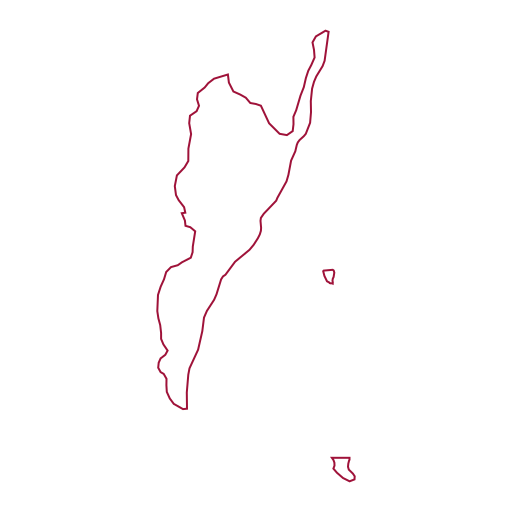 an SVG outline of Taitung
{"feature_id": "TWN-1177", "entity_name": "Taitung", "entity_type": "County", "adm_level": 1, "iso_a3": "TWN", "parent_name": "Taiwan", "parent_adm1": "", "projection": "equal_earth", "projection_center": [121.163, 22.723], "detail": "fine", "context": "isolated", "style": "outline", "palette": "rose", "viewbox_px": 512, "rotation_deg": 0, "n_neighbors": 0, "source": "natural_earth", "source_scale": "10m", "svg_char_len": 1986}
<svg xmlns="http://www.w3.org/2000/svg" viewBox="0 0 512 512"><path d="M328.6,31.8L324.6,60.8L322.6,66.1L316.3,76.4L314.0,81.8L312.1,88.6L310.8,101.1L311.0,112.2L310.1,122.8L305.8,133.8L303.9,136.1L299.6,140.0L297.8,142.4L296.8,144.9L295.3,151.3L291.1,160.6L288.4,174.9L286.5,181.4L277.4,197.8L276.2,200.7L263.8,213.7L260.9,217.9L260.5,220.8L261.1,227.8L260.9,230.8L259.8,234.4L257.9,238.2L253.6,244.9L249.4,249.9L235.1,261.7L225.4,274.8L223.0,276.4L221.1,279.4L216.5,294.3L214.1,299.8L206.9,310.9L204.0,317.6L202.3,331.2L198.1,349.7L189.5,368.3L188.3,374.6L186.8,392.4L187.0,408.7L183.0,409.1L173.8,403.9L169.8,398.5L166.8,391.9L166.4,385.2L166.5,378.8L163.7,373.9L160.6,372.1L158.2,367.7L158.7,362.7L160.6,358.4L165.3,354.8L167.6,350.6L163.4,344.4L161.1,338.9L161.1,333.0L160.2,325.1L158.4,318.4L157.3,311.1L158.0,294.9L160.7,286.6L164.0,279.3L166.2,272.0L171.0,267.1L177.8,265.2L182.1,262.2L190.8,257.7L192.6,252.2L192.8,246.5L195.2,231.3L190.3,227.2L185.5,225.8L184.9,220.5L181.8,213.2L185.3,212.7L184.1,207.2L178.7,200.2L176.0,195.1L174.8,186.1L176.9,175.4L184.5,167.4L188.3,161.0L188.4,148.6L191.1,134.1L189.2,123.2L190.0,115.7L196.6,111.2L199.0,105.8L197.0,99.3L197.8,93.0L204.7,87.5L208.2,83.2L214.0,78.7L227.9,74.5L228.9,82.6L233.4,91.5L240.3,94.6L245.8,97.7L250.3,103.0L255.9,104.0L260.9,105.7L269.1,123.3L279.6,133.8L286.9,135.1L292.7,131.1L293.5,124.2L293.4,116.8L296.2,110.2L300.5,95.6L303.8,87.2L305.9,78.0L308.3,70.7L311.3,65.0L314.6,57.5L314.0,49.9L312.5,42.4L315.9,36.4L325.5,30.7L328.6,31.8ZM348.8,469.6L352.9,473.6L354.7,476.3L354.5,479.4L349.6,481.3L343.0,478.0L336.9,472.7L333.4,468.6L334.5,465.6L334.4,462.7L333.5,460.1L331.9,457.8L349.5,457.8L349.5,459.7L349.0,460.9L348.3,463.6L348.0,466.8L348.8,469.6ZM324.4,275.9L323.2,271.2L323.7,270.6L332.7,269.8L333.7,270.5L334.3,272.6L333.6,277.0L332.8,278.7L332.5,280.6L332.8,282.4L332.7,283.6L332.1,283.3L330.5,283.3L329.7,283.1L329.3,282.5L327.0,281.3L324.4,275.9Z" fill="none" stroke="#9f1239" stroke-width="2"/></svg>